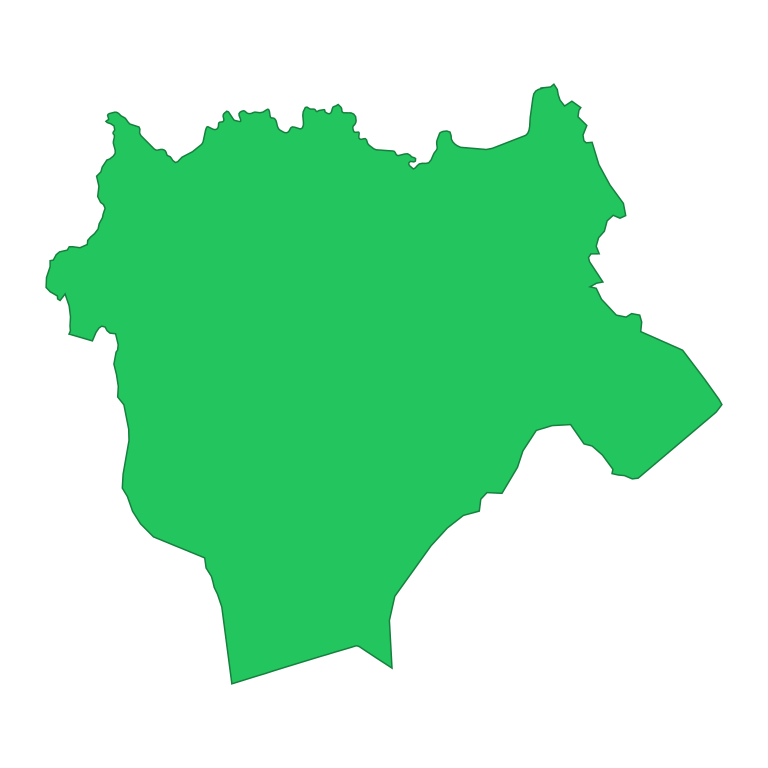 Aqtöbe, Albers equal-area conic projection
{"feature_id": "KAZ-3195", "entity_name": "Aqtöbe", "entity_type": "Region", "adm_level": 1, "iso_a3": "KAZ", "parent_name": "Kazakhstan", "parent_adm1": "", "projection": "albers", "projection_center": [57.897, 48.229], "detail": "fine", "context": "isolated", "style": "filled", "palette": "green", "viewbox_px": 768, "rotation_deg": 0, "n_neighbors": 0, "source": "natural_earth", "source_scale": "10m", "svg_char_len": 5188}
<svg xmlns="http://www.w3.org/2000/svg" viewBox="0 0 768 768"><path d="M392.0,668.1L386.0,664.2L377.2,658.5L370.6,654.1L366.3,651.3L364.8,650.3L359.6,646.8L357.7,646.0L356.1,645.8L350.6,647.5L346.6,648.7L342.5,649.9L338.4,651.1L334.3,652.3L330.4,653.5L326.5,654.7L322.6,655.8L318.6,657.0L310.1,659.6L301.6,662.2L293.1,664.8L284.6,667.4L278.2,669.4L271.8,671.4L265.4,673.5L259.0,675.4L252.5,677.4L246.1,679.4L239.7,681.4L233.3,683.4L231.8,683.8L231.8,683.3L221.8,607.0L217.5,594.2L214.2,587.4L212.8,581.3L211.4,576.4L206.1,568.0L204.7,557.9L153.5,536.9L140.5,523.8L132.6,511.3L127.4,496.5L122.3,488.1L123.1,474.1L129.0,440.5L128.7,429.2L123.9,404.8L117.7,397.0L118.3,386.4L116.5,374.6L113.9,364.1L116.1,352.1L117.6,350.0L118.2,344.8L115.6,333.8L109.9,333.1L107.1,330.7L105.1,327.0L101.7,326.2L99.0,328.0L96.0,332.4L92.4,340.9L69.0,334.1L70.4,330.9L70.0,326.1L70.5,316.9L69.2,306.1L65.1,294.0L60.1,300.5L57.6,298.9L57.4,296.0L50.2,291.8L46.1,287.5L46.5,277.5L50.1,266.7L50.1,260.7L53.3,260.1L56.2,254.7L59.5,251.9L67.3,250.1L69.2,246.8L72.4,246.7L80.0,247.7L87.3,244.5L87.7,240.4L90.5,237.1L94.5,233.7L98.1,229.0L99.2,223.7L102.4,217.8L103.2,213.9L105.1,208.3L103.5,204.6L100.6,202.4L97.7,196.5L98.9,186.3L96.6,176.2L100.9,171.9L102.2,167.1L106.9,160.0L107.2,159.9L109.7,159.0L113.3,156.1L115.2,153.4L115.2,150.3L113.3,143.2L113.4,141.2L114.3,137.5L114.4,135.5L114.1,134.9L113.2,133.8L113.0,133.0L113.2,132.2L114.3,130.6L114.7,129.8L114.0,125.9L110.8,123.8L107.3,122.6L105.9,121.4L106.8,120.6L107.9,120.0L108.7,119.1L107.6,115.4L108.1,114.3L109.3,113.6L114.6,112.2L116.1,112.2L117.5,112.7L118.7,113.5L121.0,115.8L125.0,118.0L126.1,119.3L127.8,121.8L129.8,124.0L139.0,127.0L139.9,129.2L139.6,133.0L140.9,135.6L154.0,148.8L155.5,149.8L156.6,150.2L157.7,150.1L160.8,149.4L162.4,149.4L164.0,149.9L165.4,151.0L166.2,152.6L166.7,154.2L167.3,155.5L170.1,156.7L171.0,157.7L172.8,160.5L175.4,162.5L177.6,161.8L182.0,157.2L192.5,151.7L201.6,144.4L203.0,142.2L205.5,130.5L206.2,128.3L206.9,127.0L207.9,126.7L213.0,129.2L214.8,129.6L216.5,129.3L217.7,128.2L218.3,126.7L218.7,123.1L219.6,122.2L222.7,121.8L223.8,120.5L223.8,119.2L223.1,116.4L223.2,115.0L223.8,113.8L224.8,112.8L226.8,111.2L228.5,111.9L233.8,119.9L235.0,120.5L239.4,121.5L240.5,121.4L240.7,120.3L240.3,118.7L239.1,115.5L239.0,113.7L239.9,112.3L241.2,111.5L242.4,111.0L243.9,110.8L244.9,111.2L247.1,113.1L248.7,113.6L250.3,113.6L251.9,113.2L253.4,112.5L254.9,112.1L260.0,112.7L262.9,112.1L266.9,109.6L267.9,109.2L268.8,109.8L269.5,111.8L270.0,115.5L270.5,117.2L271.4,117.9L272.9,118.0L274.0,118.3L275.1,119.2L276.0,120.7L276.5,122.3L277.3,125.8L277.8,127.3L278.7,128.9L279.8,130.0L283.8,132.3L285.3,132.7L286.9,132.7L288.3,131.9L289.4,130.5L290.1,129.0L290.9,127.7L292.3,126.9L294.7,127.2L300.4,129.0L302.4,127.9L303.4,125.0L303.4,121.9L302.8,115.5L303.2,111.9L304.3,109.6L305.3,107.5L307.0,107.1L309.7,108.8L310.7,109.1L314.0,109.1L314.8,109.4L315.4,110.0L316.3,111.4L317.0,111.6L318.7,110.6L319.5,110.4L324.1,109.6L324.5,109.7L324.8,110.2L324.8,110.8L324.8,111.3L324.9,111.7L326.3,112.7L327.9,113.6L329.6,113.7L331.0,112.7L331.7,111.0L332.2,108.9L333.0,107.1L334.3,106.4L335.7,106.0L338.1,104.5L339.0,105.3L340.9,107.2L341.6,108.4L341.8,109.8L341.9,111.1L342.4,112.1L343.6,112.8L351.1,112.9L353.7,114.1L355.6,116.6L356.1,120.7L355.8,122.5L355.1,123.9L354.2,125.1L353.2,126.1L352.8,127.4L353.0,129.2L353.6,131.0L354.3,132.1L355.5,132.3L358.6,132.1L359.2,133.0L358.8,136.8L359.0,138.1L360.1,139.2L361.6,139.3L363.5,138.8L365.2,138.6L366.5,139.8L367.5,143.0L368.1,144.1L369.2,145.3L373.8,148.8L376.2,149.8L392.9,151.0L394.3,151.4L395.3,152.7L396.0,154.2L396.8,155.1L397.7,155.5L398.7,155.5L404.6,154.0L407.7,153.8L410.3,155.4L411.5,156.8L414.8,158.0L415.6,158.6L415.4,161.1L413.9,161.9L410.4,161.4L408.8,162.9L408.8,164.3L409.7,165.8L413.3,168.9L415.3,167.9L417.2,165.7L419.3,163.9L422.4,163.3L425.7,163.4L428.7,162.8L431.1,159.9L433.6,154.1L434.4,152.7L436.3,150.3L437.0,149.0L437.2,147.3L436.7,144.0L436.7,142.0L437.0,140.4L439.4,133.9L439.8,133.1L440.4,132.5L443.0,131.4L446.8,131.0L450.0,132.1L451.1,135.7L451.4,139.2L452.8,141.9L454.9,144.1L457.1,145.7L460.6,147.3L486.3,149.5L492.4,148.3L509.1,141.8L525.8,135.3L527.7,133.3L529.0,130.3L529.7,126.2L530.2,117.4L530.6,114.7L532.8,98.5L533.8,93.9L535.7,91.1L538.3,89.5L541.4,88.5L540.3,88.1L541.8,87.9L550.5,87.0L553.9,84.2L557.3,89.5L558.2,94.7L560.0,100.1L564.6,106.0L571.9,101.2L580.8,107.6L578.9,110.4L578.0,116.8L586.8,125.5L583.0,135.1L583.9,140.7L586.2,142.8L592.1,142.3L598.9,164.7L610.0,185.1L623.4,203.4L625.7,215.6L620.0,218.2L613.2,215.3L607.1,220.9L604.4,231.2L598.6,237.7L596.2,246.2L599.2,253.8L590.9,253.9L588.5,257.6L589.6,261.8L602.9,282.0L596.5,283.2L590.0,286.8L596.2,288.3L601.5,299.3L616.3,315.1L626.1,317.1L631.6,313.6L639.7,315.1L641.7,322.1L640.7,331.6L682.6,350.2L704.8,379.5L718.8,399.1L721.9,404.6L716.2,412.1L638.1,478.2L632.3,478.9L624.5,475.6L618.2,475.0L612.0,473.6L612.9,469.3L602.4,455.0L592.1,446.0L584.0,443.9L570.6,424.6L552.1,425.6L536.3,430.4L522.9,450.9L517.5,467.3L502.0,493.3L487.0,492.6L480.8,499.2L479.3,511.1L463.4,515.4L447.3,528.0L431.0,545.8L394.8,596.3L389.4,620.4L392.0,668.1Z" fill="#22c55e" stroke="#15803d" stroke-width="1.5"/></svg>